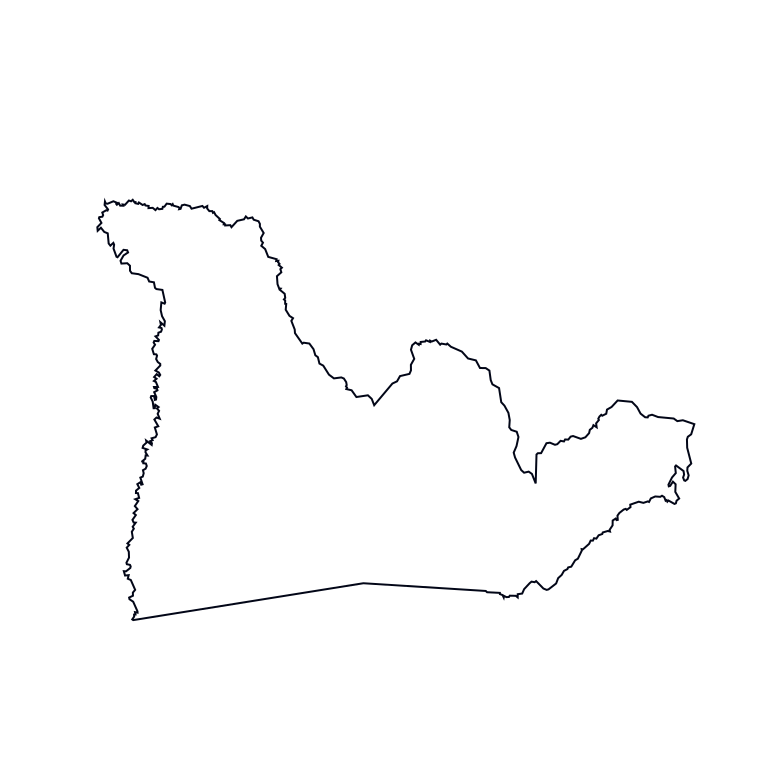 Canarana, Mato Grosso, Brazil, rotated 348°
{"feature_id": "56859067B39965922322561", "entity_name": "Canarana", "entity_type": "district", "adm_level": 2, "iso_a3": "BRA", "parent_name": "Brazil", "parent_adm1": "Mato Grosso", "projection": "natural_earth1", "projection_center": [-52.334, -13.192], "detail": "fine", "context": "isolated", "style": "outline", "palette": "ink", "viewbox_px": 768, "rotation_deg": 348, "n_neighbors": 0, "source": "geoboundaries", "source_scale": "gbopen_adm2", "svg_char_len": 6125}
<svg xmlns="http://www.w3.org/2000/svg" viewBox="0 0 768 768"><g transform="rotate(348 384 384)"><path d="M441.5,609.1L453.9,612.4L453.7,613.6L456.1,615.1L456.7,617.7L457.3,616.2L459.4,617.9L461.9,618.3L463.0,617.2L468.9,618.6L470.4,620.5L471.1,617.4L475.6,617.7L478.4,613.8L485.1,609.1L487.2,608.0L490.2,609.2L491.8,608.4L497.4,617.2L500.3,619.2L502.2,619.1L510.9,614.9L514.0,610.1L518.1,607.7L521.2,604.2L524.9,603.2L526.0,601.7L529.2,601.6L534.3,596.2L537.3,595.2L542.9,588.0L543.0,586.6L544.2,587.1L551.4,583.0L553.6,580.1L555.8,580.6L557.4,578.5L559.6,579.4L562.5,576.6L566.3,576.1L567.1,574.7L572.3,574.3L574.4,575.3L574.3,573.6L578.2,569.8L579.3,565.1L582.6,563.8L583.2,565.5L584.4,565.5L585.0,561.3L587.4,559.1L592.4,556.6L594.5,556.4L595.3,557.6L599.5,555.7L599.8,553.2L608.7,552.1L613.0,554.2L617.6,553.7L618.7,554.5L621.2,551.4L625.9,550.4L630.8,551.8L632.7,551.1L634.6,552.9L635.2,556.7L636.3,556.3L636.7,558.0L638.0,557.1L643.2,561.7L644.7,561.4L645.9,559.0L648.9,557.4L646.5,550.1L648.4,542.7L646.3,539.6L642.7,543.2L641.3,543.3L641.3,541.6L646.3,535.3L650.9,531.8L651.6,525.2L652.7,524.4L658.9,531.4L658.7,535.0L657.1,537.7L657.6,540.7L658.6,541.4L661.2,540.1L663.0,536.7L662.6,532.0L663.5,528.7L668.0,525.7L667.3,509.4L668.8,501.2L670.2,498.8L674.0,497.1L679.2,487.8L668.8,481.6L663.2,481.3L660.2,478.0L645.2,473.3L639.8,469.8L636.1,470.0L635.0,471.5L632.5,470.8L628.8,466.3L626.7,459.2L622.8,453.0L609.1,448.7L601.8,453.8L596.8,455.4L595.2,459.3L590.9,460.4L590.1,459.3L588.0,460.6L586.4,462.5L586.7,463.9L583.3,466.6L583.0,470.5L580.3,467.8L578.7,470.2L575.8,471.6L574.4,474.7L569.9,478.0L565.2,478.6L558.1,474.2L555.6,474.3L552.7,476.7L549.6,475.9L548.1,477.6L544.9,476.3L541.0,478.9L538.6,479.0L534.1,475.9L530.6,475.7L523.3,484.3L520.0,483.7L518.5,484.7L511.7,512.8L510.0,502.7L507.3,499.8L502.6,499.9L500.3,496.7L496.9,483.1L496.6,478.1L500.7,472.3L504.5,463.8L503.9,458.3L498.9,455.4L497.5,452.4L499.5,445.4L499.7,438.1L497.3,430.2L494.9,426.2L495.7,411.9L490.0,406.9L489.2,402.4L489.9,392.8L486.8,389.6L481.2,388.3L478.8,380.0L471.5,376.5L466.9,368.5L457.2,361.5L454.3,357.6L453.2,358.3L448.5,356.4L447.1,357.2L444.2,351.6L439.4,352.4L438.1,351.2L437.7,352.4L434.2,350.0L433.1,351.0L428.6,350.5L428.1,352.5L426.6,351.9L426.2,352.9L423.4,349.9L419.6,352.0L417.5,356.1L418.8,365.7L414.3,370.8L413.2,376.3L411.0,379.4L401.3,379.6L397.3,384.1L392.3,385.3L370.0,402.7L368.9,396.0L365.9,391.7L354.3,391.0L351.0,383.4L346.1,381.1L347.1,379.8L346.3,378.4L347.3,377.3L347.4,374.3L345.9,370.3L343.6,368.7L336.2,368.1L332.1,363.4L328.4,353.4L325.1,350.6L324.9,344.0L322.8,341.6L322.3,335.3L319.4,328.9L314.0,326.9L312.5,327.5L307.5,315.7L308.0,312.1L306.5,303.0L308.7,300.7L305.7,297.7L303.3,290.9L305.0,285.4L304.0,285.0L304.7,281.7L303.7,280.5L305.3,279.2L305.6,275.1L301.6,270.1L302.7,269.2L301.3,268.7L300.6,264.2L301.7,256.3L306.8,253.4L306.5,250.1L308.3,249.0L305.7,245.7L306.8,244.8L305.7,242.9L306.3,241.5L304.1,241.3L304.9,239.6L297.2,235.6L295.8,227.3L292.7,223.3L295.0,220.6L293.7,218.2L294.1,215.4L297.7,211.3L295.3,204.3L295.9,201.6L295.1,198.7L290.7,196.2L289.9,193.7L285.3,193.8L283.7,191.4L281.3,193.8L274.4,193.9L267.4,198.9L266.7,196.7L261.6,195.9L261.8,194.8L260.4,194.5L261.0,193.3L257.0,189.4L257.8,188.5L254.4,183.7L253.5,180.6L252.3,181.0L252.0,179.2L249.1,178.6L247.5,175.5L248.1,173.2L244.6,174.2L243.4,172.1L232.2,172.5L231.1,169.6L226.2,167.1L223.4,167.2L221.4,170.4L220.0,170.4L220.6,169.4L219.8,168.2L215.0,165.7L214.7,164.1L213.5,165.0L212.6,163.6L208.9,162.4L206.1,164.9L204.5,164.7L203.6,166.6L200.3,166.3L199.0,164.7L196.6,166.4L194.4,163.6L190.2,163.0L190.8,160.9L187.8,159.8L187.3,158.3L185.1,158.7L182.0,155.5L181.0,156.7L178.4,155.5L178.7,154.4L177.6,154.2L176.5,151.6L174.6,152.7L172.6,151.5L167.9,154.9L165.8,154.1L166.0,155.4L163.0,154.7L162.2,151.9L160.0,153.1L159.5,152.1L160.3,151.1L157.3,149.0L151.1,150.2L149.4,149.6L149.0,147.5L147.9,150.8L150.4,155.9L149.6,156.9L148.4,156.3L144.1,157.7L144.4,160.4L143.3,161.8L140.2,161.6L139.6,162.6L141.1,167.7L136.2,171.0L135.8,174.6L139.6,172.3L142.0,177.1L145.1,179.2L143.9,189.3L145.1,191.8L148.6,189.7L149.0,191.6L147.6,195.3L148.8,203.9L149.7,204.6L157.1,198.6L160.6,199.8L161.0,202.1L156.0,204.1L151.9,208.7L152.2,211.6L158.0,212.5L160.1,215.5L159.1,220.4L160.3,223.2L166.7,225.5L174.8,230.9L175.6,234.9L180.1,236.7L180.0,242.3L181.1,243.8L186.8,245.9L186.9,258.8L186.1,259.8L183.2,257.9L180.9,265.3L181.0,271.5L182.7,277.0L181.3,281.3L178.1,277.0L178.1,279.8L175.7,281.9L178.0,283.0L178.1,284.4L176.8,286.5L174.0,286.9L173.2,289.5L170.4,289.9L173.0,294.1L172.3,295.2L168.3,294.1L167.3,295.5L168.2,298.0L164.6,301.4L165.1,307.0L167.5,307.7L167.9,309.1L166.3,312.2L167.3,315.5L169.3,317.8L169.0,319.4L163.2,323.3L166.2,326.0L167.0,328.6L165.8,329.7L163.7,327.1L160.6,329.4L162.6,331.6L159.6,333.2L161.3,334.6L162.3,339.9L158.4,339.1L158.5,340.3L161.0,341.6L161.1,343.1L157.5,344.2L158.6,349.4L157.8,351.8L156.6,351.9L156.6,348.0L153.8,347.4L153.0,348.7L154.1,353.1L153.6,359.8L154.7,360.0L156.0,356.8L158.7,359.7L156.8,360.7L158.4,363.5L156.4,366.1L157.4,371.3L154.5,369.5L152.0,371.0L154.4,378.4L150.8,378.9L151.4,386.1L149.5,388.5L145.4,388.8L146.0,390.9L143.4,391.3L144.7,393.7L144.1,395.3L139.6,389.9L139.6,391.9L135.7,394.2L134.6,396.3L138.8,398.8L137.0,399.4L136.5,401.2L137.8,404.8L136.0,404.3L134.9,407.5L130.7,409.7L132.6,409.7L132.1,411.5L134.6,412.3L134.9,414.9L133.2,417.3L130.3,418.2L130.4,421.3L128.8,424.4L126.2,424.9L127.0,431.9L125.6,432.0L125.3,429.4L121.9,430.7L123.0,434.8L119.3,436.7L118.7,439.1L120.6,439.6L120.8,444.5L116.8,445.0L119.3,447.4L114.9,451.6L116.9,455.2L112.2,458.2L114.0,460.6L109.7,464.6L110.3,467.4L112.3,468.0L108.5,471.4L109.2,473.5L106.6,476.1L106.3,482.4L99.9,486.6L101.4,488.4L98.3,490.6L99.5,495.0L98.5,500.8L94.9,505.3L95.0,506.8L97.9,508.1L98.3,509.7L97.6,511.2L92.7,513.6L90.6,513.0L90.9,517.5L94.5,517.9L92.9,521.2L95.6,523.1L97.8,533.6L95.0,535.8L94.4,538.9L90.3,539.9L90.3,541.6L93.4,544.8L95.6,555.1L95.4,556.4L93.0,555.4L93.0,557.8L91.6,557.6L91.3,559.5L88.8,561.9L89.6,562.8L322.4,574.6L440.5,607.6L441.5,609.1Z" fill="none" stroke="#020617" stroke-width="2"/></g></svg>